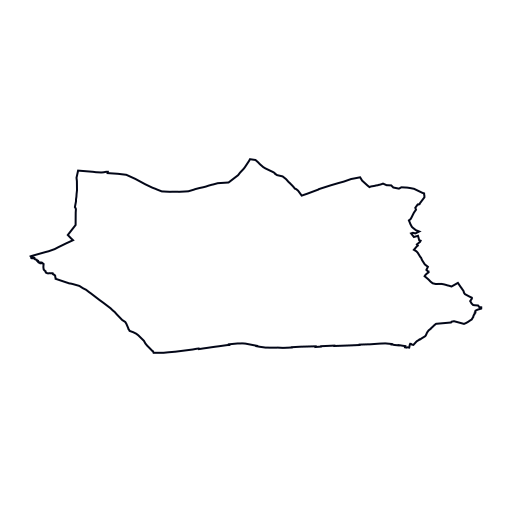 Biķernieku pag., Daugavpils, Latvia
{"feature_id": "27541924B40947468766186", "entity_name": "Biķernieku pag.", "entity_type": "district", "adm_level": 2, "iso_a3": "LVA", "parent_name": "Latvia", "parent_adm1": "Daugavpils", "projection": "equal_earth", "projection_center": [26.875, 55.973], "detail": "fine", "context": "isolated", "style": "outline", "palette": "ink", "viewbox_px": 512, "rotation_deg": 0, "n_neighbors": 0, "source": "geoboundaries", "source_scale": "gbopen_adm2", "svg_char_len": 5763}
<svg xmlns="http://www.w3.org/2000/svg" viewBox="0 0 512 512"><path d="M30.7,256.3L31.3,257.0L31.2,257.5L31.2,257.8L31.3,257.9L31.8,257.7L31.6,258.1L32.0,258.3L32.3,258.1L32.2,257.6L32.4,257.5L32.6,257.6L32.8,257.7L33.0,258.0L33.5,257.8L33.9,257.7L34.3,257.8L34.5,258.0L34.4,258.3L34.2,258.5L34.6,258.7L34.6,259.0L35.7,259.6L36.6,259.7L36.8,260.1L37.1,260.5L37.1,260.8L37.5,260.9L37.7,260.7L38.1,260.8L38.2,261.1L37.9,261.5L38.2,262.1L38.6,262.5L39.2,262.5L39.9,262.3L40.2,262.6L39.8,262.9L40.0,263.2L40.3,263.3L40.5,263.1L40.9,262.7L41.6,262.5L42.0,262.7L41.9,263.3L42.1,263.4L42.7,263.3L43.6,264.0L43.4,266.3L43.4,267.5L43.7,269.5L43.9,269.8L45.4,271.3L45.6,271.4L45.6,271.5L45.6,271.8L45.7,272.3L45.9,272.6L47.2,273.2L47.6,273.3L48.2,273.4L49.2,273.2L51.0,273.3L52.2,273.2L52.5,273.3L52.8,273.4L52.8,273.7L52.8,273.9L52.9,274.1L53.7,274.7L54.2,274.7L54.4,274.8L54.9,275.4L55.1,275.7L55.2,275.9L55.2,276.2L55.3,277.2L55.5,277.5L55.6,278.7L55.6,278.8L66.9,282.6L67.6,282.8L68.6,283.2L69.3,283.4L70.1,283.5L70.9,283.6L72.6,284.0L78.6,285.7L79.5,286.0L82.9,288.2L86.1,289.8L88.9,292.0L90.9,293.4L99.5,300.0L103.5,302.9L110.6,308.3L112.0,309.7L113.1,310.7L114.7,312.0L116.1,313.6L116.7,314.3L122.2,320.0L125.3,322.0L126.4,323.9L128.3,328.3L128.3,328.8L129.1,329.9L129.6,330.9L133.2,332.2L136.2,333.7L138.3,335.3L143.9,340.8L145.4,343.5L147.1,345.6L149.3,347.8L152.4,351.0L152.6,351.0L153.0,351.3L153.6,352.8L163.5,352.8L168.2,352.3L175.4,351.7L192.7,349.5L196.4,348.8L198.7,348.5L198.9,349.1L201.6,348.7L202.8,348.5L207.1,347.9L211.1,347.3L215.4,346.7L218.6,346.3L227.1,345.1L229.2,345.0L229.0,344.3L237.2,343.5L242.7,343.4L245.4,343.6L256.8,345.8L256.6,346.2L259.9,346.8L263.5,347.3L265.5,347.6L275.1,347.7L277.8,347.6L282.9,347.9L285.4,347.8L291.8,347.5L291.8,347.2L300.7,346.7L315.6,346.3L315.5,347.0L321.0,346.6L321.1,346.2L334.3,345.6L334.3,346.0L350.8,345.4L359.6,345.0L359.6,344.6L369.2,344.3L370.2,344.3L379.8,343.6L385.3,343.4L391.7,344.0L391.6,344.5L393.2,344.6L393.8,344.9L398.7,345.4L398.7,345.1L400.1,345.3L403.0,345.8L405.3,346.1L405.0,347.3L406.5,347.6L407.1,347.3L409.2,347.6L409.8,344.7L410.1,344.0L410.2,343.8L411.0,343.9L411.9,344.6L413.4,344.9L416.4,341.6L417.0,341.1L418.2,340.4L418.5,340.2L419.5,339.4L419.8,339.6L421.2,338.7L421.6,338.4L422.9,337.6L424.4,336.7L425.0,336.3L425.2,336.2L425.6,335.7L425.9,335.2L426.4,334.1L426.8,333.1L427.5,331.9L427.8,331.5L428.5,330.6L428.7,330.3L429.4,329.8L429.8,329.5L430.3,329.1L430.6,328.9L430.6,328.7L430.8,328.5L431.4,328.0L432.0,327.4L433.0,326.5L433.8,325.7L434.3,325.2L435.1,324.6L435.4,324.3L435.6,324.1L436.2,323.8L451.0,322.5L451.6,321.7L454.0,321.2L464.0,323.9L466.3,322.9L467.3,322.3L468.2,321.8L468.9,321.3L470.2,320.4L471.2,319.8L471.8,319.4L472.0,318.9L472.5,318.1L472.9,317.5L473.3,316.9L473.3,316.3L473.6,315.6L473.9,314.9L474.4,314.4L474.4,314.2L474.5,313.9L474.6,313.7L474.6,313.4L474.6,313.2L475.2,312.9L475.4,312.7L475.4,312.2L475.3,311.8L475.2,311.6L475.5,310.7L477.3,309.8L477.8,309.6L481.2,308.6L481.3,307.8L481.2,307.5L481.2,307.3L479.4,307.2L478.1,305.5L474.3,305.2L473.1,305.0L471.4,303.3L471.2,302.7L470.6,301.8L470.2,301.1L472.3,298.0L472.5,298.0L469.5,296.6L465.6,294.5L464.9,294.1L463.9,292.6L463.8,291.9L463.4,290.8L463.3,290.7L461.4,288.0L461.4,287.9L461.2,287.7L460.4,286.6L457.9,282.9L454.2,285.0L451.5,286.5L448.9,285.7L447.1,285.3L446.7,285.1L444.1,284.4L441.5,283.9L435.7,284.0L432.7,283.3L430.5,281.6L429.1,280.1L428.3,279.3L424.6,276.2L425.4,275.0L426.6,273.8L428.6,272.3L428.5,271.5L428.1,271.5L426.4,269.9L427.9,266.8L424.8,264.4L422.1,260.2L421.7,259.3L421.0,257.6L420.4,257.1L417.7,252.7L416.4,251.3L413.9,249.8L416.8,246.4L417.8,245.6L416.9,244.4L420.1,241.8L420.6,240.7L419.2,240.2L418.0,235.8L413.9,237.0L411.1,233.4L412.9,232.8L415.4,233.4L419.2,231.5L415.9,230.2L413.0,227.9L411.9,226.9L410.4,224.1L409.7,222.3L409.1,220.9L408.9,220.4L410.5,219.2L411.4,217.7L413.9,212.7L414.8,211.4L416.0,209.7L415.3,207.8L417.5,204.7L417.9,204.4L418.2,204.6L419.5,204.2L419.6,203.7L424.4,197.3L424.4,195.7L424.2,194.9L424.1,193.4L422.5,192.9L414.0,188.8L410.4,188.1L407.2,187.6L401.4,187.3L401.0,187.5L399.0,188.6L398.9,188.6L398.7,188.6L393.3,187.5L391.2,185.4L387.0,185.2L386.6,185.2L383.0,183.6L381.8,184.1L381.1,184.3L380.2,184.6L378.9,184.9L378.6,184.9L378.4,185.0L377.9,185.2L376.9,185.4L376.4,185.4L376.2,185.4L375.3,185.7L374.4,185.9L373.3,186.1L371.3,186.4L370.3,186.7L369.9,186.9L369.5,187.1L367.6,185.6L362.0,180.5L361.7,179.9L360.1,177.3L354.5,178.4L351.2,179.0L343.8,181.6L338.3,183.1L330.8,185.3L321.1,188.4L318.7,189.2L318.5,189.5L307.0,193.8L301.7,195.6L298.4,191.1L298.1,190.7L296.4,189.3L295.9,189.0L294.8,188.6L294.0,187.5L292.4,185.7L290.4,183.7L290.1,183.3L289.9,183.2L288.4,181.8L286.4,179.5L285.9,179.0L282.6,176.4L277.0,175.1L275.3,174.0L275.4,173.8L273.7,172.4L272.1,171.6L270.6,170.9L268.1,169.7L265.4,168.4L265.2,168.3L263.1,167.0L261.3,165.4L260.9,165.1L259.6,163.9L258.2,162.4L255.5,160.0L250.0,159.2L249.2,160.7L244.7,167.5L243.5,169.0L240.0,172.7L238.1,175.2L235.2,177.4L232.6,179.4L228.7,182.4L228.5,182.5L217.7,183.2L216.3,183.6L213.4,184.4L212.7,184.6L212.3,184.6L208.7,185.6L205.8,186.6L203.0,187.3L199.6,188.0L195.3,189.1L193.7,189.7L188.3,191.3L179.4,191.8L175.5,191.7L169.5,191.8L161.8,191.4L157.2,189.6L155.4,188.8L152.4,187.7L145.3,184.3L135.3,178.9L126.3,174.8L118.0,173.8L107.6,173.1L107.8,171.8L106.1,171.8L103.5,172.3L102.5,172.4L101.3,172.5L95.8,172.2L93.0,171.8L78.1,170.6L76.5,177.8L76.9,181.1L77.0,190.2L76.8,192.0L76.6,193.7L76.5,195.2L76.4,196.8L76.0,199.4L76.0,201.3L74.9,207.1L75.7,208.4L75.9,209.4L75.7,212.5L75.6,225.0L67.8,235.0L71.0,238.3L73.0,240.2L67.2,242.9L66.9,243.0L62.0,245.4L58.3,247.2L54.7,249.1L48.5,251.3L45.7,252.0L35.4,254.9L31.2,256.1L30.7,256.3Z" fill="none" stroke="#020617" stroke-width="2"/></svg>